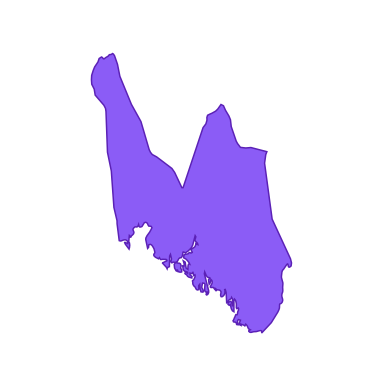 the County of Västernorrland, rotated 76°
{"feature_id": "SWE-191", "entity_name": "Västernorrland", "entity_type": "County", "adm_level": 1, "iso_a3": "SWE", "parent_name": "Sweden", "parent_adm1": "", "projection": "natural_earth1", "projection_center": [17.916, 63.083], "detail": "fine", "context": "isolated", "style": "filled", "palette": "violet", "viewbox_px": 384, "rotation_deg": 76, "n_neighbors": 0, "source": "natural_earth", "source_scale": "10m", "svg_char_len": 6116}
<svg xmlns="http://www.w3.org/2000/svg" viewBox="0 0 384 384"><g transform="rotate(76 192 192)"><path d="M345.6,158.7L345.3,158.4L344.1,157.9L343.2,158.5L342.9,160.0L343.0,163.1L342.9,163.9L342.6,165.4L342.5,166.1L342.5,168.8L341.9,170.0L340.9,170.6L340.1,170.3L339.8,168.8L338.3,170.3L334.9,170.9L333.3,171.8L333.7,172.1L334.7,173.1L333.9,173.7L332.6,175.7L331.9,176.7L333.3,176.7L332.2,178.1L330.9,178.0L328.1,176.0L327.0,177.9L328.1,179.0L330.2,179.5L331.9,179.6L331.4,180.7L330.6,180.8L329.7,180.7L328.9,181.2L328.5,182.1L328.3,182.8L327.9,183.2L326.8,183.3L326.5,182.9L324.6,181.4L324.2,181.2L323.6,180.6L322.3,179.7L321.6,179.1L322.0,177.9L321.2,177.3L320.0,176.9L319.0,176.4L317.9,175.5L316.4,175.0L315.6,175.3L316.0,176.7L315.1,177.0L311.3,176.0L308.5,175.9L307.3,176.1L306.2,176.7L307.6,177.6L318.3,180.3L317.1,181.5L314.9,182.1L310.4,182.1L310.9,183.3L309.8,184.2L308.8,184.1L307.9,183.3L307.6,182.1L307.4,180.7L308.9,180.3L312.2,180.3L312.2,179.6L305.8,178.5L303.8,179.1L304.8,179.7L305.2,180.4L305.3,181.2L305.7,182.1L307.2,184.3L307.6,185.1L297.8,183.2L294.6,183.3L294.6,183.9L296.0,183.9L297.6,184.4L299.0,185.2L299.9,186.0L300.5,187.0L300.9,188.1L300.7,189.0L299.7,189.3L298.3,189.0L296.9,188.3L295.5,188.0L294.1,188.7L293.6,189.5L293.3,190.5L292.8,191.5L291.8,192.3L294.1,192.3L291.1,193.9L290.1,194.1L289.7,194.6L289.3,196.7L288.7,197.2L288.0,196.9L285.7,194.8L284.7,194.3L283.6,194.1L282.5,194.2L281.5,194.8L283.7,195.9L284.9,196.6L285.7,197.7L281.2,197.2L280.4,196.1L280.1,195.7L279.5,195.5L279.3,195.8L279.3,196.3L279.1,196.6L278.2,197.7L276.5,198.4L272.6,199.0L274.3,199.8L291.9,199.7L293.7,200.2L295.1,201.4L295.5,202.6L294.9,203.1L293.9,202.6L293.2,201.4L292.7,201.4L292.2,203.1L290.6,203.5L288.7,203.1L284.6,201.7L283.6,202.1L282.9,203.8L286.1,205.3L287.1,205.6L289.6,205.0L291.0,204.9L291.8,205.6L291.1,207.4L288.4,207.7L283.4,206.8L284.4,208.1L287.8,208.9L288.5,209.8L288.3,210.6L287.7,211.2L286.9,211.6L285.3,211.9L284.6,212.2L284.1,212.6L283.4,213.0L281.9,213.4L281.1,213.4L279.8,213.1L278.7,213.1L278.2,213.0L278.0,212.7L277.7,211.7L275.5,209.9L274.4,209.3L273.1,209.2L273.2,209.6L273.5,210.5L270.2,210.5L270.2,211.0L271.0,211.4L271.1,212.0L270.8,212.8L270.2,213.5L271.8,214.0L274.0,212.4L275.4,213.0L273.8,215.7L272.7,216.7L271.4,217.1L270.8,217.5L270.1,218.2L269.4,218.6L268.6,218.1L268.6,217.5L268.9,216.8L269.5,216.2L269.8,215.9L268.8,215.6L268.2,216.3L267.6,217.4L267.0,218.4L265.7,219.1L264.3,219.2L261.4,218.9L261.7,218.1L261.9,217.8L260.7,217.2L259.4,217.0L256.7,217.1L258.4,215.6L264.4,216.1L266.1,214.7L263.2,213.9L261.8,213.3L260.9,212.3L261.4,211.7L259.8,212.0L257.5,213.0L255.3,214.3L254.3,215.6L253.9,215.9L252.8,215.7L251.6,215.1L251.0,214.7L250.9,213.9L251.0,210.8L250.9,210.5L250.3,209.7L250.1,209.2L250.2,208.8L250.9,208.0L251.0,207.8L250.7,206.4L249.9,206.4L248.8,206.8L247.8,206.8L247.3,206.2L246.1,202.9L245.5,202.2L244.8,201.6L244.0,201.1L243.1,200.8L243.6,200.4L244.5,199.0L243.0,199.1L240.8,200.4L239.8,200.8L238.5,200.4L237.4,199.6L236.3,199.1L235.1,199.5L243.6,204.1L245.7,205.9L246.9,207.6L248.5,210.4L249.4,213.2L248.2,214.7L248.2,215.3L251.2,216.6L252.0,217.1L252.8,217.9L253.1,218.2L253.0,219.9L253.5,220.9L255.8,223.0L256.3,224.7L256.1,225.7L255.5,227.2L255.5,227.7L255.9,228.6L255.6,229.0L255.0,229.2L254.4,229.3L253.9,229.1L252.3,228.2L251.5,228.0L247.3,228.0L248.7,229.2L259.0,232.0L259.1,233.0L259.3,233.7L259.8,234.3L260.5,234.7L259.0,235.0L253.9,237.8L253.5,237.5L253.4,236.4L252.8,233.8L252.9,233.3L252.7,233.0L251.8,232.9L251.3,233.2L251.0,233.9L250.2,236.7L250.1,238.1L249.9,238.8L249.3,239.1L247.8,239.5L248.7,240.7L246.6,243.1L245.3,244.1L244.0,244.4L243.2,244.1L242.1,242.9L241.4,242.6L237.9,242.6L235.0,243.4L233.5,244.1L232.7,245.1L232.7,246.6L233.9,247.1L235.2,247.5L236.0,248.7L227.0,248.4L226.0,248.1L225.2,247.7L223.9,246.5L223.6,246.3L220.5,242.6L217.5,239.9L216.8,239.5L215.4,240.0L214.6,242.2L213.5,242.6L212.1,242.8L210.9,243.3L210.2,244.2L210.2,245.6L213.2,248.7L213.4,249.0L213.5,249.7L213.5,250.5L213.4,251.1L212.9,251.5L212.1,251.7L211.3,251.7L210.6,251.7L211.4,252.2L212.2,252.9L212.6,253.9L212.2,255.0L212.1,255.9L212.7,257.1L213.5,258.0L214.4,258.4L216.5,258.1L217.5,258.2L218.6,259.0L219.1,259.8L219.6,260.7L220.1,261.6L220.9,262.1L220.9,262.6L220.3,262.6L219.9,262.7L219.0,263.3L224.9,265.4L226.3,265.0L228.6,265.3L230.8,266.1L232.2,266.9L226.5,269.3L224.8,269.6L224.6,269.2L226.5,266.9L225.4,266.4L224.1,266.6L223.0,267.3L222.3,268.1L222.0,269.4L222.1,270.9L222.3,272.1L222.3,273.0L221.8,274.1L221.6,274.4L204.8,272.4L201.7,271.7L188.1,271.5L152.1,265.2L133.0,264.4L93.1,256.0L90.0,255.7L86.5,256.5L74.6,262.5L68.5,262.0L63.2,263.2L58.7,262.4L54.5,261.1L50.1,258.4L47.1,256.2L43.1,251.8L40.0,249.8L39.1,247.2L39.8,246.4L41.0,245.9L41.5,245.3L41.4,244.7L40.7,243.2L40.0,240.8L39.6,240.1L38.9,239.2L38.8,238.8L38.8,238.3L39.0,237.3L38.9,236.7L38.4,235.7L39.1,234.9L41.0,234.2L50.1,233.4L62.3,234.0L92.3,229.6L111.3,224.5L140.6,223.3L143.4,222.7L146.0,221.5L149.4,217.8L164.3,205.8L168.8,204.1L185.3,200.8L185.6,199.6L132.2,165.7L129.2,162.0L125.9,160.1L123.2,159.5L121.3,158.3L120.7,155.6L120.4,153.7L119.3,149.6L117.8,147.0L114.1,142.7L115.9,140.6L120.9,139.7L127.2,137.8L131.2,137.2L138.0,138.1L153.3,136.8L156.0,136.1L160.4,134.2L162.3,129.2L163.1,124.1L171.0,109.6L173.6,111.4L181.6,114.6L237.7,120.8L280.6,112.6L284.9,112.6L287.7,113.7L288.3,114.8L288.5,115.7L288.2,116.3L287.6,116.5L285.2,116.4L284.9,116.7L285.2,117.5L289.4,122.2L289.7,122.9L290.3,123.4L291.4,124.1L295.4,125.6L296.8,125.9L301.9,125.8L303.0,126.0L306.4,127.1L309.5,127.7L310.9,128.2L312.5,129.3L314.0,129.9L315.4,130.1L318.0,130.0L319.4,130.3L320.9,131.3L321.7,132.5L321.8,133.3L321.9,133.9L322.3,134.2L325.7,135.2L327.2,136.1L329.4,137.9L338.0,146.7L345.4,158.1L345.6,158.7ZM264.6,226.5L261.5,227.3L257.9,226.8L256.5,225.0L257.2,223.5L257.8,222.4L258.0,221.5L258.9,220.6L260.5,220.4L261.7,220.7L262.4,221.2L263.1,221.5L264.8,220.9L266.3,221.1L267.0,221.3L267.1,222.0L266.8,223.2L266.2,224.1L266.1,224.6L265.9,224.9L265.1,224.8L264.3,224.9L264.1,225.3L264.6,225.6L265.0,226.0L264.6,226.5Z" fill="#8b5cf6" stroke="#5b21b6" stroke-width="1.5"/></g></svg>